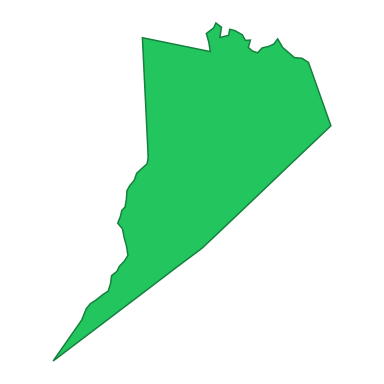 Barcelona, Rio Grande do Norte, Brazil
{"feature_id": "56859067B2064613695098", "entity_name": "Barcelona", "entity_type": "district", "adm_level": 2, "iso_a3": "BRA", "parent_name": "Brazil", "parent_adm1": "Rio Grande do Norte", "projection": "equal_earth", "projection_center": [-35.938, -5.981], "detail": "fine", "context": "isolated", "style": "filled", "palette": "green", "viewbox_px": 384, "rotation_deg": 0, "n_neighbors": 0, "source": "geoboundaries", "source_scale": "gbopen_adm2", "svg_char_len": 844}
<svg xmlns="http://www.w3.org/2000/svg" viewBox="0 0 384 384"><path d="M308.5,62.5L302.1,58.3L294.4,57.6L282.6,47.4L277.7,38.9L273.8,44.1L268.5,46.5L262.2,47.9L257.5,52.8L252.4,51.0L248.3,47.4L250.4,40.1L245.4,40.4L242.3,34.8L234.9,30.6L229.7,29.3L228.7,35.3L219.9,37.5L221.5,27.2L215.9,23.0L213.7,27.9L206.3,33.5L208.8,42.2L210.3,51.6L174.7,44.3L142.4,37.7L147.9,150.8L148.1,158.0L147.1,163.8L141.5,168.8L136.7,173.2L134.2,180.3L129.7,185.7L127.0,190.5L126.4,199.0L125.1,206.9L121.8,210.5L120.3,216.7L117.7,223.2L122.4,228.8L124.4,238.5L126.5,246.0L127.9,255.4L124.4,261.1L119.2,266.5L117.0,271.3L111.6,275.6L110.5,283.7L108.2,291.0L102.8,294.6L95.5,300.4L90.4,303.6L86.3,308.7L81.6,320.2L53.1,361.0L140.7,294.6L176.0,267.7L202.2,248.1L240.0,212.3L287.5,167.0L330.9,125.8L308.5,62.5Z" fill="#22c55e" stroke="#15803d" stroke-width="1.5"/></svg>